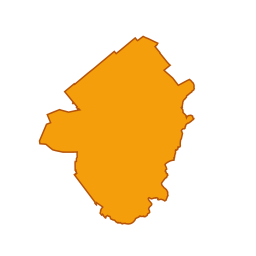 outline of PuketÄpapa Local Board Area, Auckland, New Zealand, rotated 306°
{"feature_id": "76426892B65793329230414", "entity_name": "PuketÄpapa Local Board Area", "entity_type": "district", "adm_level": 2, "iso_a3": "NZL", "parent_name": "New Zealand", "parent_adm1": "Auckland", "projection": "mercator", "projection_center": [174.74, -36.917], "detail": "fine", "context": "isolated", "style": "filled", "palette": "amber", "viewbox_px": 256, "rotation_deg": 306, "n_neighbors": 0, "source": "geoboundaries", "source_scale": "gbopen_adm2", "svg_char_len": 5752}
<svg xmlns="http://www.w3.org/2000/svg" viewBox="0 0 256 256"><g transform="rotate(306 128 128)"><path d="M41.9,162.6L42.1,162.7L42.1,162.4L42.2,162.2L42.6,162.0L43.0,162.0L43.2,162.3L43.4,162.2L43.8,162.3L45.2,162.9L45.1,163.7L45.2,164.1L45.3,164.5L45.7,165.0L45.8,165.3L45.5,165.8L45.3,165.9L45.2,166.4L44.6,166.9L44.4,167.7L44.3,168.1L44.4,168.3L44.7,168.8L44.7,169.4L44.7,169.6L44.9,170.1L45.3,170.9L45.5,171.5L45.5,171.9L45.4,172.2L45.0,172.9L45.0,173.1L45.1,173.7L45.1,175.3L45.3,175.7L45.4,175.8L45.8,175.7L45.9,176.6L46.4,177.1L46.9,177.3L47.0,177.6L46.8,178.4L47.0,179.5L47.3,179.4L47.7,180.1L48.9,181.4L49.2,182.1L49.3,182.1L49.3,182.4L49.7,183.2L50.5,184.6L51.7,185.9L52.9,186.7L53.7,187.1L54.7,187.4L55.8,187.7L56.2,187.6L57.1,187.7L58.1,187.7L58.7,187.4L59.2,187.4L59.9,187.7L62.2,189.0L62.6,189.2L63.3,189.1L63.6,189.2L63.9,189.4L63.9,190.0L63.9,190.3L64.7,191.4L65.1,191.8L65.9,192.5L65.6,193.0L66.0,193.6L66.5,194.1L66.9,194.3L67.9,194.5L68.5,194.8L69.0,194.7L69.5,194.6L69.8,194.4L70.2,194.3L71.3,194.9L72.4,195.1L72.6,195.1L72.8,194.9L73.5,194.1L73.9,193.7L74.2,192.6L75.0,192.1L76.1,191.9L77.3,191.9L78.3,192.1L79.1,192.2L79.6,192.3L80.3,192.0L80.8,191.5L80.8,191.2L81.0,190.7L81.2,189.9L81.3,189.6L81.6,188.1L81.9,187.3L82.3,186.5L82.7,186.0L83.0,185.8L83.7,185.8L83.8,185.9L84.2,186.3L84.1,187.4L84.4,188.1L84.4,188.5L84.5,188.7L85.6,189.6L86.3,190.0L87.0,190.7L87.5,191.0L87.9,191.5L87.7,191.6L87.8,191.7L88.2,192.1L88.4,192.4L88.7,193.1L88.7,193.6L88.1,193.9L87.6,194.2L87.6,194.4L87.9,195.0L89.3,196.1L89.9,196.9L90.3,198.0L90.4,198.7L90.6,199.3L90.6,199.8L90.5,200.2L90.6,200.6L90.8,200.7L91.5,201.0L92.0,201.2L92.8,200.9L94.2,200.6L94.8,200.4L96.0,200.0L96.4,200.2L96.8,200.1L97.0,199.7L97.7,199.2L97.8,199.1L98.1,198.7L98.4,198.5L98.7,198.4L98.8,198.2L99.1,198.1L99.4,197.7L99.6,197.6L100.0,196.7L100.7,195.2L100.7,194.6L100.8,193.9L100.9,193.2L100.8,192.5L100.9,192.1L101.2,191.1L101.5,189.7L101.9,188.8L102.3,188.2L102.9,187.7L103.2,187.5L103.9,187.5L105.6,187.5L106.6,187.5L107.3,187.6L107.5,187.5L109.4,187.7L110.1,187.9L110.5,188.3L111.0,188.2L111.4,187.9L112.1,187.9L112.5,187.8L112.9,188.0L113.1,188.0L113.3,187.8L113.5,187.5L113.9,187.1L114.1,186.8L114.1,186.6L114.0,186.3L113.7,185.9L114.7,184.7L114.8,184.4L114.8,183.8L115.0,183.8L115.4,183.4L115.9,183.1L116.1,183.1L116.7,183.2L117.1,183.5L117.5,183.5L118.0,182.9L119.0,181.4L119.6,180.2L120.0,179.8L120.2,179.4L120.4,179.3L121.7,179.6L123.1,180.0L124.9,180.8L126.0,181.4L127.0,182.1L127.4,182.5L128.3,183.2L128.4,183.4L128.6,183.5L128.9,184.1L129.0,184.1L129.4,184.0L129.9,183.4L130.3,183.1L130.6,182.9L130.6,183.0L130.8,183.2L131.0,183.2L133.1,182.1L133.2,181.9L134.2,181.6L135.3,181.1L135.6,181.2L136.2,180.8L137.0,180.2L137.8,179.5L138.2,179.4L138.3,179.4L138.5,179.7L138.5,180.1L138.6,180.4L138.9,180.5L139.2,180.5L139.7,180.3L139.9,180.6L140.2,180.7L140.6,180.6L141.0,180.2L141.9,179.6L142.2,179.6L142.3,179.8L142.3,180.2L142.3,180.4L142.6,180.6L143.2,180.8L143.5,181.1L144.2,180.8L144.8,180.5L145.4,179.9L146.4,179.2L148.8,177.8L149.2,177.6L149.8,177.5L150.6,177.5L155.8,175.2L156.2,174.2L156.6,173.9L156.7,173.7L157.0,172.8L157.4,172.7L158.1,172.6L159.6,172.9L159.9,173.1L160.0,173.4L160.3,173.9L160.8,174.2L161.1,174.2L161.6,174.2L161.9,173.9L162.5,173.5L163.1,173.6L164.0,173.1L164.6,173.1L165.0,173.0L165.4,173.0L166.5,173.4L166.8,173.4L167.2,173.8L167.5,174.0L168.6,174.5L170.2,175.0L170.8,175.2L172.0,175.4L173.0,175.8L174.1,175.9L174.3,175.8L174.4,175.7L174.0,175.3L174.1,175.0L175.1,173.7L175.5,173.4L175.6,173.0L175.4,172.5L175.4,171.9L175.3,171.5L175.0,171.0L174.4,170.5L174.1,170.1L173.5,169.6L172.8,169.3L172.3,169.2L171.5,169.1L170.7,169.3L171.4,168.3L172.2,167.7L172.9,163.3L173.6,162.9L173.9,162.5L174.4,162.2L175.0,161.5L175.1,161.3L175.0,161.2L175.4,160.4L175.5,160.1L175.5,159.8L175.8,159.0L176.0,159.0L176.1,159.6L176.2,159.8L176.5,159.8L176.8,159.8L176.9,159.7L176.9,159.4L177.5,159.0L177.4,159.0L178.1,158.8L179.2,158.2L180.1,157.8L180.8,157.3L181.4,157.1L182.2,156.8L182.6,156.8L182.9,156.7L183.8,156.7L184.6,156.9L184.9,156.8L185.1,156.8L185.4,157.1L186.3,157.0L186.9,157.2L187.1,157.2L187.8,156.9L188.0,156.8L188.3,156.6L188.9,156.6L189.5,156.8L189.7,157.0L189.9,157.1L190.5,157.1L191.1,157.3L191.6,157.4L191.9,157.6L192.3,157.5L192.7,157.7L193.4,158.0L193.7,158.0L194.1,158.1L194.3,158.3L194.6,158.4L195.2,158.2L195.5,158.1L196.3,158.5L196.8,158.5L197.3,158.8L197.6,158.8L198.0,158.6L198.8,158.4L199.2,157.9L199.6,157.6L199.9,157.2L200.7,156.9L201.2,156.4L202.1,155.4L202.3,154.9L202.7,154.3L202.7,154.1L202.9,152.7L203.1,152.0L203.2,151.6L203.3,151.1L203.3,150.2L203.5,149.3L201.2,148.0L192.1,143.6L194.7,134.8L195.6,125.1L195.9,123.2L203.6,125.2L203.6,124.9L203.7,123.8L204.4,120.5L207.3,109.8L207.7,109.6L209.7,102.1L209.9,102.2L211.2,102.4L211.2,102.2L212.5,102.5L214.1,102.3L213.4,98.7L213.2,97.5L212.1,91.4L211.5,89.4L211.0,86.4L204.7,84.5L204.2,84.2L205.1,80.9L199.8,79.5L191.0,77.3L185.3,75.8L181.2,74.7L181.9,71.9L155.7,65.3L148.5,63.3L132.0,59.2L132.2,58.5L120.2,55.4L116.7,68.7L116.1,68.5L115.9,68.9L115.5,68.8L115.4,69.2L116.5,69.6L115.3,74.3L114.5,74.1L114.2,75.2L113.8,75.9L114.7,76.7L114.3,77.9L114.3,78.3L109.4,73.8L105.9,70.6L102.9,62.8L102.7,61.9L97.5,58.6L91.4,54.8L86.8,62.3L83.1,59.9L65.5,64.0L63.8,65.7L63.5,66.0L66.6,71.1L66.2,76.9L66.1,79.9L67.0,82.3L69.9,88.8L70.3,89.6L74.9,96.0L78.7,101.0L77.0,102.1L74.6,104.0L73.0,104.2L70.6,105.9L69.9,105.0L69.5,105.3L68.9,105.5L62.9,110.0L63.3,110.4L62.2,111.3L62.4,111.6L61.5,112.6L61.3,113.2L60.0,112.9L60.1,112.5L58.7,112.0L48.6,144.9L47.8,145.3L47.3,147.0L47.3,147.6L49.1,146.5L49.3,153.9L49.1,154.1L47.3,153.9L45.5,154.2L45.5,154.4L42.7,155.5L42.1,157.8L43.3,158.1L43.0,159.0L42.7,158.9L41.9,162.6Z" fill="#f59e0b" stroke="#b45309" stroke-width="1.5"/></g></svg>